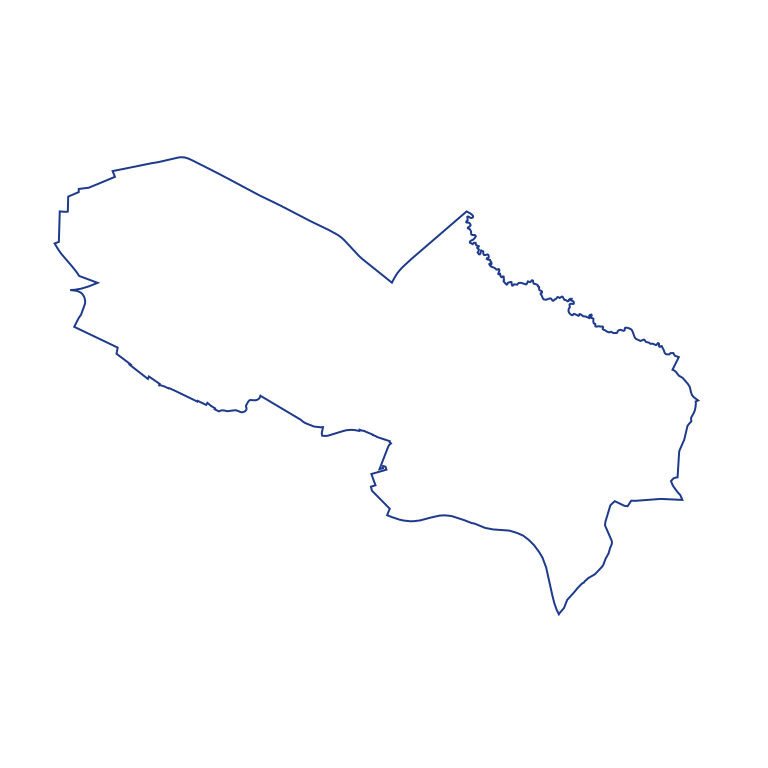 outline of Cumberland, New South Wales, Australia, rotated 173°
{"feature_id": "25037944B74007778337807", "entity_name": "Cumberland", "entity_type": "district", "adm_level": 2, "iso_a3": "AUS", "parent_name": "Australia", "parent_adm1": "New South Wales", "projection": "natural_earth1", "projection_center": [150.958, -33.837], "detail": "fine", "context": "isolated", "style": "outline", "palette": "blue", "viewbox_px": 768, "rotation_deg": 173, "n_neighbors": 0, "source": "geoboundaries", "source_scale": "gbopen_adm2", "svg_char_len": 6119}
<svg xmlns="http://www.w3.org/2000/svg" viewBox="0 0 768 768"><g transform="rotate(173 384 384)"><path d="M74.2,329.4L78.1,333.1L79.6,335.3L80.4,338.9L80.5,341.0L81.0,344.1L82.4,347.1L86.4,353.1L87.2,354.0L90.3,356.3L92.8,360.5L94.5,362.2L95.9,363.0L88.1,374.8L91.6,376.4L92.5,377.8L92.9,379.3L93.2,379.5L95.9,379.7L97.3,378.6L100.2,379.1L100.7,379.4L101.6,380.7L102.4,384.3L103.1,385.8L103.5,387.5L104.3,387.9L105.6,387.2L106.4,387.8L106.5,388.5L106.1,390.1L106.6,391.1L107.1,391.2L108.7,389.7L109.4,389.5L112.4,391.3L114.6,391.4L116.0,392.8L118.6,393.7L119.1,394.2L120.0,395.9L120.6,396.4L124.2,395.5L128.3,398.0L128.9,398.7L129.6,400.2L131.0,406.2L131.6,407.6L132.6,408.6L135.0,409.9L136.7,410.4L137.7,410.4L138.2,409.8L138.6,408.1L139.4,407.6L140.3,407.8L142.8,409.0L144.7,408.7L145.4,408.1L146.4,406.5L146.8,406.3L149.6,406.5L150.5,406.8L152.1,408.1L154.3,407.8L156.1,408.7L157.4,409.9L159.9,411.4L160.2,412.1L159.6,413.7L159.9,414.2L160.9,414.6L162.3,414.6L163.4,415.1L166.4,415.1L167.2,415.5L167.0,417.8L167.6,418.3L168.2,418.4L168.5,418.9L168.6,420.7L168.2,423.3L168.6,423.7L170.0,424.2L170.6,425.0L170.5,425.4L169.4,426.8L169.7,427.6L170.9,427.6L171.9,426.9L172.0,426.3L171.5,424.8L172.0,424.3L175.7,426.4L178.2,427.0L180.0,428.9L181.1,429.6L181.5,429.5L182.0,428.3L182.7,428.0L186.7,430.5L187.3,430.3L188.3,429.3L189.0,429.4L190.4,430.4L191.3,431.7L191.8,432.8L192.0,434.0L191.5,436.0L190.2,437.7L190.2,440.2L189.9,440.6L188.8,440.9L186.5,440.4L186.0,440.5L185.8,440.9L185.6,442.0L186.1,443.0L188.1,444.2L187.4,445.7L188.5,445.9L189.4,445.6L190.1,445.2L190.7,443.8L191.7,443.7L193.1,445.0L194.7,445.5L195.9,448.5L196.6,449.1L199.2,448.0L200.5,449.0L201.3,449.1L202.7,447.7L203.4,447.3L204.2,447.2L205.3,446.2L206.0,446.0L206.6,446.3L207.7,448.3L208.2,448.6L209.2,448.7L213.0,447.9L215.1,448.5L215.9,449.6L216.7,452.7L217.6,454.2L217.4,455.0L216.1,455.4L215.9,456.5L216.7,457.4L217.6,457.7L218.3,458.3L218.5,459.4L218.2,461.3L218.4,461.7L219.3,462.1L219.3,463.2L219.6,463.6L221.4,464.8L222.7,465.1L223.2,465.4L223.5,466.3L223.5,468.3L223.9,468.8L224.7,468.8L226.0,467.6L226.8,467.3L228.6,468.3L230.0,466.1L230.8,465.5L235.3,467.6L237.5,467.9L238.1,467.8L239.7,466.4L242.6,467.1L244.1,466.0L244.7,466.0L245.1,467.2L245.0,469.5L245.6,469.9L248.8,469.3L249.6,467.8L250.1,467.7L250.5,468.0L252.8,471.3L252.7,471.9L252.1,472.6L252.4,473.7L252.1,475.0L252.2,476.1L252.8,476.3L253.9,475.7L254.5,475.7L255.1,476.7L255.4,479.3L255.9,479.3L256.6,478.8L257.1,479.2L257.1,479.7L255.6,482.7L255.7,483.7L256.4,484.2L257.9,483.7L258.3,483.8L260.2,485.8L263.4,487.5L264.5,489.0L264.9,490.1L264.7,490.5L263.8,490.8L262.8,489.9L262.6,490.1L262.6,491.0L262.7,491.9L263.4,493.0L263.6,494.2L265.8,494.8L266.8,495.6L266.6,496.2L264.9,496.6L264.6,496.9L264.5,498.6L264.9,499.6L265.5,500.0L268.1,499.6L269.1,500.0L269.6,501.2L269.3,503.5L271.3,504.7L272.5,501.6L273.2,501.0L274.0,501.2L275.0,503.1L273.9,504.6L273.4,506.0L274.7,507.2L274.9,507.9L274.4,508.5L273.3,508.7L273.1,509.2L275.5,510.5L275.8,511.2L275.9,513.0L277.7,513.2L278.9,512.0L281.5,513.8L281.5,514.4L281.1,515.1L280.2,515.7L277.9,516.4L276.2,517.8L274.9,519.4L275.1,520.1L275.8,520.8L278.2,521.1L279.0,521.7L279.2,522.2L279.0,524.7L279.8,527.0L281.8,528.4L281.7,529.0L279.5,530.1L278.9,530.7L278.7,531.2L278.9,532.2L279.6,533.3L280.7,534.0L282.3,534.2L282.7,534.7L282.3,535.5L281.4,536.0L281.0,536.6L280.9,539.8L280.3,540.0L279.7,539.8L277.8,538.3L277.0,538.1L275.6,538.4L275.2,539.1L275.3,540.3L275.9,541.1L277.9,543.1L281.0,545.2L340.9,505.2L351.4,497.7L354.3,495.2L357.4,492.2L360.8,488.0L363.8,483.6L389.5,509.9L393.0,513.8L405.9,531.6L408.4,534.5L411.7,537.6L419.9,543.5L437.3,554.7L465.0,573.7L484.5,586.3L522.5,612.9L547.1,629.4L551.1,631.8L554.1,633.1L557.4,633.8L560.0,633.9L581.2,631.7L588.6,631.4L627.4,628.4L625.8,622.4L653.1,614.8L663.2,614.8L663.6,611.7L674.6,608.5L676.8,593.7L678.6,593.6L684.8,594.8L689.4,564.7L693.8,563.6L690.6,556.5L688.3,552.3L679.3,538.8L675.5,532.6L673.4,528.4L655.9,519.3L665.4,516.8L673.1,515.5L679.5,515.2L684.0,515.5L677.2,513.8L673.7,511.6L672.3,509.9L671.1,507.3L670.7,505.5L670.5,502.9L670.9,500.3L676.3,489.6L678.7,487.1L684.5,478.5L643.9,452.6L645.8,446.6L633.1,434.3L634.0,434.0L617.7,417.8L616.4,420.1L606.6,411.4L607.4,410.2L607.0,409.9L606.4,410.2L602.4,408.4L598.4,405.9L598.0,406.2L593.3,403.4L571.4,389.3L571.0,390.0L563.0,384.9L561.6,386.8L558.3,383.3L554.6,380.4L555.1,379.5L551.1,376.9L549.5,377.5L548.0,377.6L545.7,377.2L543.0,376.1L534.8,376.1L533.2,375.6L528.9,373.2L525.9,373.6L525.0,374.0L523.7,375.3L523.4,377.0L523.8,378.5L523.7,379.1L521.2,382.7L519.9,384.0L518.6,384.4L513.9,383.5L511.6,383.8L509.4,385.0L508.1,387.4L470.8,358.5L468.8,356.3L466.9,354.8L458.6,350.3L452.3,348.8L449.8,348.6L451.5,343.7L451.8,342.5L451.7,340.2L448.7,339.6L446.0,339.5L430.2,342.3L426.7,342.7L422.2,342.5L419.2,342.0L414.1,340.4L413.8,341.6L411.5,340.4L409.2,339.8L409.2,339.6L401.1,335.0L401.2,334.6L398.7,333.4L397.3,332.2L385.2,326.5L385.5,325.6L384.3,324.2L386.2,322.9L387.5,321.2L398.8,300.1L395.3,300.6L395.4,301.4L394.8,302.7L392.6,301.7L392.0,298.7L407.5,296.2L404.8,284.5L409.5,283.7L409.0,279.6L393.5,259.5L396.9,253.4L392.7,251.1L385.4,247.6L381.2,246.1L374.4,244.5L371.1,244.2L364.8,244.2L354.0,245.7L344.9,246.6L340.1,246.3L334.6,245.1L332.1,244.3L320.8,239.0L314.3,235.5L310.7,234.2L301.3,228.9L293.6,226.4L277.4,223.2L270.0,219.9L264.3,216.5L259.2,211.5L254.7,205.7L250.6,198.5L247.9,192.5L245.4,182.0L242.6,152.9L241.6,145.4L240.1,138.7L238.5,134.1L237.3,135.5L232.6,139.8L228.5,147.4L220.8,154.0L216.8,157.8L212.0,161.7L209.6,162.7L209.1,163.5L204.8,166.5L197.8,169.5L190.0,175.9L188.7,177.2L185.3,183.7L181.8,188.4L179.6,193.6L177.6,197.1L177.1,198.6L177.0,199.8L177.3,201.4L181.9,216.8L180.9,220.6L174.1,236.0L169.3,239.6L160.2,233.8L157.1,233.0L152.9,238.0L148.4,237.4L123.2,236.2L102.0,232.6L103.4,237.5L106.0,241.2L109.6,247.7L111.0,252.7L108.1,255.1L105.6,255.6L104.0,255.6L99.3,280.8L98.7,282.2L92.8,292.1L87.9,305.4L86.2,307.2L83.7,309.3L83.5,310.1L83.5,311.9L83.2,313.3L80.1,317.4L78.7,320.0L77.6,323.2L76.8,326.8L76.8,328.7L74.2,329.4Z" fill="none" stroke="#1e3a8a" stroke-width="2"/></g></svg>